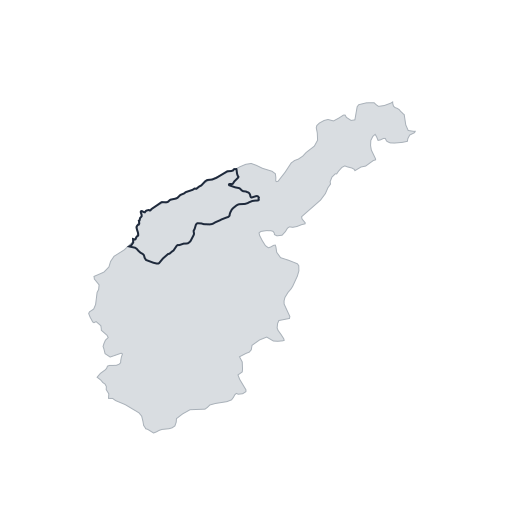 Austria, with Kärnten highlighted, rotated 144°
{"feature_id": "AUT-2325", "entity_name": "Kärnten", "entity_type": "State", "adm_level": 1, "iso_a3": "AUT", "parent_name": "Austria", "parent_adm1": "", "projection": "orthographic", "projection_center": [13.787, 46.758], "detail": "fine", "context": "in_parent", "style": "outline", "palette": "slate", "viewbox_px": 512, "rotation_deg": 144, "n_neighbors": 0, "source": "natural_earth", "source_scale": "10m", "svg_char_len": 6005}
<svg xmlns="http://www.w3.org/2000/svg" viewBox="0 0 512 512"><g transform="rotate(144 256 256)"><path d="M53.0,283.3L57.8,274.0L59.1,268.1L55.4,264.4L53.9,263.3L55.2,262.6L60.6,263.5L64.2,261.7L66.1,259.8L70.8,261.9L77.6,266.0L80.9,268.6L82.1,270.6L82.8,272.3L82.3,275.1L83.8,276.2L87.1,276.8L89.3,277.8L88.4,281.4L88.1,284.4L91.2,284.1L95.2,282.0L98.4,278.0L100.4,274.0L102.2,264.3L102.7,263.5L105.0,264.3L114.4,264.3L118.8,266.3L125.8,266.9L125.6,268.4L126.7,270.8L129.7,274.4L131.2,276.7L134.4,277.2L139.5,276.1L142.5,275.0L143.6,275.9L148.2,275.2L152.4,272.5L153.4,270.4L157.6,269.0L163.2,265.7L170.9,263.3L196.0,261.0L197.0,258.9L196.7,253.9L197.4,253.2L200.5,254.5L205.5,255.8L209.4,257.6L211.8,259.9L214.2,260.0L217.8,258.5L222.7,257.5L227.2,260.0L228.5,262.5L227.7,263.8L227.7,265.9L229.1,267.7L232.8,270.5L237.6,273.0L240.0,272.9L241.0,270.5L241.9,264.9L242.3,258.9L241.2,255.4L238.7,254.6L235.6,254.3L234.0,253.5L234.6,251.6L237.1,246.8L237.1,240.2L231.7,232.7L227.1,225.4L227.1,223.0L230.0,218.8L234.4,215.4L244.2,209.9L247.3,208.7L251.3,207.8L256.9,205.5L259.7,203.2L261.5,200.6L264.2,187.1L264.8,186.6L265.6,185.8L275.5,190.4L276.4,189.7L278.0,188.9L281.2,185.4L281.9,182.7L281.9,177.5L282.2,172.7L282.8,171.2L284.3,171.7L288.5,174.2L291.9,177.0L295.0,184.1L302.4,186.0L311.7,186.1L315.0,182.9L318.0,182.2L321.4,183.1L328.6,184.2L329.4,178.4L333.4,172.4L335.3,170.3L340.5,170.4L341.7,165.9L342.8,153.6L343.9,152.2L347.7,152.4L351.6,154.6L352.7,156.4L354.7,156.2L357.4,154.9L360.4,154.0L365.2,155.3L375.6,160.6L380.9,162.6L384.2,162.1L387.3,162.1L399.7,170.4L408.2,171.4L415.9,171.2L418.2,168.5L421.5,166.2L424.9,166.3L427.9,167.4L433.9,170.9L436.6,171.8L440.2,172.3L442.9,173.0L445.5,179.4L446.8,181.1L446.6,181.9L446.5,184.9L444.6,188.8L442.6,193.7L442.9,198.0L449.2,212.7L454.6,221.6L455.7,225.0L459.0,227.5L456.1,231.0L455.7,236.0L453.8,238.3L453.4,241.1L454.3,243.7L454.5,246.9L455.8,251.3L450.9,252.5L445.0,252.5L442.9,252.9L440.9,254.2L438.9,253.6L433.4,249.7L430.4,248.9L428.3,249.2L426.7,251.1L424.1,253.5L421.6,255.2L422.2,256.6L433.4,260.0L435.5,265.7L433.6,270.4L432.9,272.7L430.4,274.6L427.3,276.4L423.5,276.9L423.1,279.4L424.8,286.8L423.7,288.5L422.5,290.8L423.9,296.9L426.3,297.3L426.9,298.7L426.5,301.2L426.2,303.8L425.5,306.6L425.1,307.9L423.5,308.7L418.5,308.5L414.3,311.0L406.0,319.9L403.0,321.4L399.9,324.9L400.3,332.5L399.8,333.2L399.1,334.7L388.7,332.4L388.3,332.4L381.4,333.6L376.8,337.1L371.0,339.2L359.0,338.4L347.2,339.9L344.5,341.0L341.4,341.6L338.6,343.7L337.0,346.5L334.1,350.2L330.0,353.0L325.5,355.2L324.4,357.1L322.9,358.1L320.4,356.8L318.3,356.9L315.8,356.0L307.5,355.0L298.4,353.4L294.0,351.8L289.1,350.6L283.7,349.5L279.0,349.3L276.6,348.8L265.2,346.0L257.7,345.8L247.7,344.5L228.0,340.1L222.3,338.3L216.8,337.7L210.4,336.2L205.5,333.7L202.4,329.1L199.2,323.1L193.2,315.1L192.0,311.1L193.9,307.7L195.9,305.2L195.7,304.1L194.2,303.5L183.4,306.6L172.8,310.6L168.7,310.6L164.8,309.5L159.5,309.3L154.4,310.3L144.2,310.6L138.1,313.5L134.1,319.5L131.9,324.3L130.1,325.8L126.5,326.3L121.2,325.6L117.5,324.1L113.9,319.7L108.0,318.9L102.5,318.6L101.1,317.7L101.4,315.0L99.4,309.8L96.0,308.0L86.4,317.3L83.9,318.0L76.6,315.0L70.4,310.6L69.8,307.5L68.9,305.0L63.7,302.3L57.0,300.4L54.9,300.3L55.8,298.9L56.7,296.4L56.3,294.4L54.9,292.3L54.1,290.1L54.0,288.0L53.6,286.2L53.4,284.6L53.0,283.3Z" fill="#d9dde1" stroke="#a8b0b8" stroke-width="1"/><path d="M222.7,339.1L222.2,338.9L221.2,338.1L220.8,337.9L221.0,337.3L222.9,333.8L223.3,332.7L223.6,331.7L223.7,330.3L224.9,329.8L229.7,329.1L231.9,328.2L232.6,328.1L233.1,328.3L235.1,329.8L235.5,329.9L235.9,329.7L236.0,329.5L236.0,329.3L236.1,329.0L235.7,328.4L232.5,323.8L230.1,321.2L229.5,320.4L229.2,319.1L229.1,318.1L228.8,317.0L228.4,316.1L227.7,315.4L227.2,315.0L226.1,313.9L225.7,313.0L225.1,312.3L224.8,311.6L224.6,310.9L224.6,310.5L224.6,310.2L224.7,309.6L224.8,309.0L225.5,307.4L225.6,306.5L225.2,305.9L220.5,304.3L219.8,303.7L219.4,303.1L219.3,301.6L220.0,301.1L220.2,300.9L220.4,300.7L220.5,300.2L220.7,299.8L221.0,299.7L221.5,299.7L222.2,300.0L224.3,301.4L226.7,302.7L230.0,303.5L231.7,303.7L234.3,304.6L238.6,307.4L239.5,307.9L240.5,308.2L242.1,308.4L246.2,308.2L248.3,307.8L251.1,306.4L252.4,305.5L253.7,304.2L254.5,304.0L255.5,303.9L257.7,304.6L262.6,305.9L263.8,306.0L269.2,307.2L271.6,307.4L273.0,307.8L274.9,308.8L279.5,312.4L281.1,314.5L283.2,316.2L283.9,316.8L284.4,317.0L285.4,316.9L286.3,316.6L289.7,314.0L291.7,313.0L292.5,311.6L292.7,311.0L293.0,310.6L293.4,310.1L294.3,309.5L300.1,306.6L301.7,306.3L303.6,306.3L305.0,307.0L307.2,308.5L311.0,309.7L312.0,310.1L312.5,310.6L312.7,310.8L313.1,310.9L314.1,310.9L319.6,308.9L321.0,309.0L324.6,308.7L326.0,309.3L332.7,308.7L338.6,307.2L339.4,307.3L340.0,307.7L340.8,308.3L343.0,310.9L347.3,317.4L347.2,319.8L346.9,320.7L346.6,321.4L346.3,322.4L346.2,322.9L346.3,323.6L346.6,324.6L347.5,326.5L348.1,329.3L348.3,331.9L349.0,333.8L352.4,337.6L352.9,338.2L351.8,338.1L350.5,338.0L347.4,339.1L345.5,342.0L344.4,340.5L343.6,340.4L342.8,340.9L341.7,341.6L340.6,341.8L339.8,341.7L339.1,342.0L338.2,343.4L337.6,344.7L337.2,346.0L336.8,347.2L336.3,348.5L335.8,349.5L335.5,349.8L334.3,350.4L333.0,350.6L332.5,350.3L331.6,350.7L331.2,351.1L331.0,351.6L330.4,352.4L330.0,353.4L329.6,353.3L329.2,353.3L327.9,354.5L327.4,354.9L326.8,355.0L325.6,355.2L325.1,355.4L324.3,356.6L323.9,358.1L323.6,358.8L323.4,359.4L322.4,359.8L321.7,359.1L321.1,357.7L320.3,356.7L318.4,357.2L317.5,357.0L316.8,356.7L315.8,356.3L315.5,355.9L315.4,355.5L315.1,355.1L314.5,355.0L312.7,355.4L306.1,355.2L301.1,355.1L300.4,354.9L297.3,352.3L296.5,351.9L295.7,351.6L294.7,351.6L293.7,351.8L292.9,351.9L292.0,351.8L287.0,349.5L285.3,349.2L281.8,349.8L281.1,349.8L277.5,348.9L276.6,348.9L275.8,349.0L275.0,348.9L268.4,346.8L266.1,346.7L265.7,346.4L264.9,345.5L264.5,345.4L261.2,345.6L258.8,345.2L253.3,346.3L251.1,346.2L250.0,345.7L246.5,343.6L242.1,342.5L229.4,341.4L226.3,339.4L224.9,338.9L224.5,338.7L224.1,338.8L223.2,339.1L222.7,339.1Z" fill="none" stroke="#1e293b" stroke-width="2"/></g></svg>